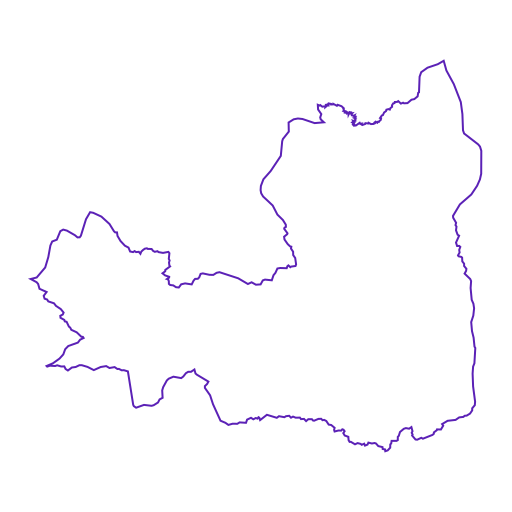 San Martin, San Martín, Peru
{"feature_id": "86281439B4761836687342", "entity_name": "San Martin", "entity_type": "district", "adm_level": 2, "iso_a3": "PER", "parent_name": "Peru", "parent_adm1": "San Martín", "projection": "orthographic", "projection_center": [-75.887, -6.437], "detail": "fine", "context": "isolated", "style": "outline", "palette": "violet", "viewbox_px": 512, "rotation_deg": 0, "n_neighbors": 0, "source": "geoboundaries", "source_scale": "gbopen_adm2", "svg_char_len": 6051}
<svg xmlns="http://www.w3.org/2000/svg" viewBox="0 0 512 512"><path d="M288.6,122.5L288.8,131.6L282.9,139.0L282.2,141.2L280.8,155.9L270.7,171.0L263.4,179.3L260.9,185.9L260.6,190.1L261.2,193.3L263.1,196.5L272.7,205.5L277.4,214.6L282.9,220.0L285.8,224.7L285.9,226.9L284.5,227.7L284.2,228.8L287.5,233.3L287.2,234.2L284.1,236.7L284.5,239.5L287.7,244.1L290.1,246.4L291.3,246.7L291.0,248.6L293.1,251.7L293.2,255.1L295.2,258.0L296.1,264.4L295.5,266.0L291.1,266.6L290.3,267.2L288.4,265.4L287.4,266.2L286.7,268.2L280.2,268.0L277.4,268.5L275.4,272.9L273.5,275.2L271.8,280.3L265.0,279.6L262.8,280.4L260.6,284.4L255.9,284.7L251.6,282.3L247.9,284.0L238.2,278.3L219.5,272.2L216.6,272.8L213.3,274.9L209.4,274.8L202.8,273.4L200.6,273.9L199.2,277.4L197.8,278.8L195.1,278.9L193.6,280.6L191.7,284.4L185.1,283.4L181.2,284.3L178.8,287.5L176.0,287.2L173.3,285.4L170.2,285.0L168.9,283.9L168.8,281.0L168.0,279.3L167.0,279.0L169.1,277.6L169.2,276.8L165.1,275.4L162.5,273.3L165.2,271.3L165.3,269.9L170.1,266.4L169.4,265.5L169.0,262.6L169.6,260.4L168.8,258.9L169.4,253.2L168.4,251.9L163.0,252.9L158.5,252.1L157.5,251.2L154.8,251.8L153.1,250.9L151.6,249.0L147.7,248.9L146.9,248.3L144.8,248.7L143.0,250.0L141.3,251.6L140.4,253.8L138.8,251.8L136.1,252.1L134.6,251.1L133.1,252.1L130.1,251.5L128.5,247.6L124.9,245.7L120.5,241.0L117.5,235.9L117.0,232.4L115.2,232.4L114.0,231.3L109.5,224.0L101.4,216.6L93.2,212.8L90.1,212.2L86.0,219.2L80.9,235.7L79.7,237.3L77.5,237.4L74.9,235.2L66.9,230.6L63.2,229.6L60.3,231.2L56.8,239.7L52.2,241.5L50.4,245.5L48.3,257.1L45.2,267.5L36.7,277.5L30.7,279.0L36.6,282.2L38.1,283.9L39.5,288.8L46.6,292.0L43.7,295.8L44.6,298.7L47.1,299.5L48.3,301.4L54.0,303.3L56.0,305.9L60.8,309.1L63.6,312.6L62.8,314.5L60.3,315.8L60.5,317.8L64.3,319.9L64.8,321.4L66.6,321.8L68.9,326.6L70.2,327.6L71.3,329.8L76.7,332.3L81.3,336.7L82.9,336.9L83.6,338.0L80.1,339.7L77.9,342.6L68.3,346.0L65.2,349.2L63.3,354.4L59.5,358.6L52.9,363.3L46.6,366.0L47.2,366.6L49.9,365.7L55.1,366.0L57.2,365.3L61.2,366.5L64.3,366.4L65.6,369.0L67.9,370.5L71.9,367.5L75.7,367.0L79.4,365.2L81.8,365.2L87.5,366.9L93.8,370.1L100.7,367.0L106.2,366.1L109.5,368.0L114.6,367.1L117.4,369.0L118.9,368.9L121.7,370.3L123.9,370.2L127.9,371.4L133.2,404.8L133.8,406.1L136.1,407.7L144.0,404.9L151.6,405.8L153.7,405.2L158.0,402.5L159.6,399.4L162.6,397.8L162.2,390.4L163.2,387.1L166.8,380.5L168.7,378.7L173.4,376.7L181.2,378.1L183.3,376.5L185.9,373.2L188.2,371.8L191.0,371.8L194.4,369.5L195.5,373.5L196.9,374.7L208.4,381.6L207.1,384.0L204.9,386.1L204.9,387.9L210.1,395.3L213.0,404.2L220.5,420.7L225.4,422.8L228.4,424.9L232.7,423.7L237.3,423.8L239.6,422.4L246.0,422.8L247.1,419.6L251.0,417.8L253.3,419.3L255.8,418.0L257.5,418.6L258.5,417.2L259.3,417.7L260.1,420.1L266.9,414.8L276.8,417.8L279.0,416.2L284.4,417.2L286.0,416.2L289.2,415.8L291.0,417.7L293.0,416.6L295.7,417.7L299.9,417.6L301.0,419.1L304.0,418.9L306.1,421.1L308.3,419.2L311.9,419.2L313.0,420.5L314.1,420.7L318.4,418.9L321.2,418.8L322.5,420.2L324.2,419.9L326.3,421.0L328.7,424.6L331.2,425.0L334.6,427.8L334.1,429.9L334.6,431.5L338.5,430.5L341.2,430.6L342.3,429.3L343.5,429.7L344.6,431.2L343.3,433.1L344.7,435.5L348.3,436.8L348.6,440.2L349.6,441.9L350.8,441.8L355.0,444.3L357.6,443.1L360.7,443.9L361.7,444.8L364.2,443.7L365.0,445.6L367.5,444.6L368.4,442.6L371.9,443.5L374.6,443.0L376.0,443.5L378.3,446.1L382.5,447.1L382.7,449.0L385.0,449.4L385.3,451.2L387.7,450.4L390.2,447.7L390.3,444.4L391.2,443.5L391.6,440.9L396.5,440.9L397.8,440.1L397.8,436.9L398.8,435.8L400.0,432.0L403.8,428.8L405.9,428.1L409.1,428.7L411.4,427.1L412.5,431.2L411.7,432.8L412.6,434.5L412.1,435.5L415.5,439.5L417.2,439.7L421.3,437.8L422.9,438.7L432.5,434.9L433.8,433.8L433.9,432.4L436.8,430.2L437.0,429.4L440.9,429.5L443.2,425.7L442.1,424.1L447.6,420.8L455.6,419.9L459.2,417.4L463.4,416.9L464.6,415.8L466.7,415.6L470.0,413.6L472.2,410.4L472.2,408.3L474.8,405.2L475.1,401.7L473.1,386.4L472.6,373.6L473.1,366.6L474.4,363.3L475.3,348.0L474.5,346.6L473.6,337.7L472.0,331.1L471.2,322.1L473.3,315.6L474.1,308.3L473.4,303.7L471.7,299.8L470.6,288.0L471.1,281.1L470.2,279.0L464.6,273.6L466.1,270.9L466.4,268.8L464.1,266.0L464.1,263.7L462.3,261.4L462.1,257.6L461.3,256.9L458.6,256.3L458.0,255.4L459.6,252.5L459.2,249.9L460.3,246.9L459.2,245.9L457.1,246.0L456.0,242.6L459.1,235.7L457.6,234.7L456.0,230.3L456.5,226.6L455.5,225.1L456.1,222.8L453.2,217.8L453.0,215.9L459.9,204.4L471.3,194.5L477.1,185.8L479.9,179.5L481.2,173.8L481.3,150.8L480.0,146.6L478.2,144.4L464.1,133.5L463.0,130.3L462.4,114.1L460.8,102.1L453.8,84.1L446.4,70.5L443.7,60.8L437.8,64.2L427.5,67.7L421.2,72.2L419.6,76.7L419.0,92.3L418.2,92.8L417.6,96.4L414.3,99.1L411.5,99.7L407.5,103.1L404.0,103.3L403.1,102.7L400.9,103.6L398.2,101.1L397.2,101.9L394.8,102.0L394.5,103.1L393.2,103.4L392.0,105.3L392.1,106.8L390.4,108.1L389.8,109.6L388.5,109.1L386.4,109.7L386.0,111.1L384.1,112.5L382.9,115.1L381.8,115.5L380.1,118.0L381.1,118.4L380.7,120.0L378.9,121.5L378.5,120.9L378.6,121.9L377.8,121.8L377.3,122.7L375.9,121.8L375.5,122.6L375.1,122.1L374.3,122.7L373.8,123.9L371.0,124.1L368.6,122.8L368.4,123.5L365.4,123.2L365.1,124.0L362.3,125.0L361.2,124.3L361.6,123.6L360.2,123.8L359.7,122.8L355.9,125.5L355.0,125.5L354.6,124.8L353.9,125.6L352.8,124.5L353.6,123.1L352.2,122.4L353.3,121.5L353.0,120.8L354.0,121.2L353.5,120.1L354.5,121.0L354.9,120.1L355.4,120.4L355.6,118.6L354.4,118.0L355.4,117.7L354.8,117.1L355.4,116.5L354.1,116.1L354.5,115.3L353.7,115.7L351.8,115.3L351.6,114.0L352.2,113.3L351.6,113.4L351.4,112.7L350.6,113.2L350.4,112.3L349.7,112.1L348.5,114.6L348.4,113.0L347.1,113.4L347.2,112.4L346.2,112.7L346.1,112.0L345.3,112.3L345.3,111.7L344.6,112.1L344.5,111.0L343.5,110.9L344.0,110.2L343.3,108.6L343.7,108.2L341.5,106.2L337.6,104.8L336.9,105.8L333.2,103.8L333.0,104.4L331.1,104.5L331.0,103.9L328.5,103.4L328.0,104.1L328.6,104.2L328.5,105.5L327.1,105.2L327.1,104.6L326.0,104.8L326.5,106.2L325.3,107.2L325.4,106.2L322.3,106.7L320.3,105.1L319.7,105.6L317.8,104.8L318.1,109.5L321.3,114.1L320.2,117.4L320.7,119.3L323.9,122.3L314.6,123.1L302.5,119.0L297.9,118.5L293.7,119.3L288.6,122.5Z" fill="none" stroke="#5b21b6" stroke-width="2"/></svg>